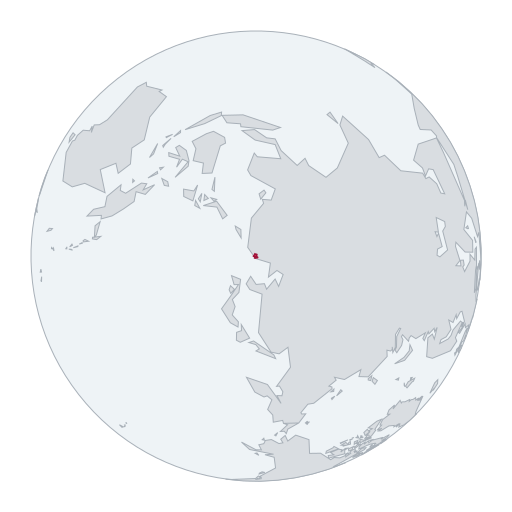 globe centered on Shanghai, rotated 142°
{"feature_id": "CHN-1819", "entity_name": "Shanghai", "entity_type": "Municipality", "adm_level": 1, "iso_a3": "CHN", "parent_name": "China", "parent_adm1": "", "projection": "orthographic", "projection_center": [121.333, 31.266], "detail": "fine", "context": "on_globe", "style": "filled", "palette": "rose", "viewbox_px": 512, "rotation_deg": 142, "n_neighbors": 0, "source": "natural_earth", "source_scale": "10m", "svg_char_len": 12347}
<svg xmlns="http://www.w3.org/2000/svg" viewBox="0 0 512 512"><g transform="rotate(142 256 256)"><circle cx="256" cy="256" r="225" fill="#eef3f6" stroke="#a8b0b8"/><path d="M440.9,367.7L440.7,368.9L440.4,369.1L440.9,367.7ZM417.4,98.9L412.6,94.8L393.2,80.8L393.7,80.0L389.0,77.3L388.1,78.4L388.6,80.0L371.1,76.9L365.6,86.2L371.3,93.9L364.2,89.0L380.2,107.5L382.0,118.3L375.3,103.3L371.1,99.9L370.0,105.5L365.4,103.3L362.2,104.9L356.9,101.9L353.4,94.1L349.8,92.2L349.3,96.4L343.5,96.6L344.9,90.6L335.0,90.4L327.3,78.7L335.3,67.5L326.5,60.8L322.6,49.5L318.4,49.0L314.2,45.3L307.8,43.6L308.9,42.5L302.8,42.2L303.0,43.5L300.4,43.9L296.7,43.2L297.4,41.5L299.4,41.7L297.7,40.9L299.7,40.4L296.5,40.3L297.9,38.7L291.0,39.3L287.4,37.3L289.8,36.7L296.8,37.9L319.7,41.5L324.3,42.3L323.8,41.4L312.6,37.9L329.4,43.0L345.7,49.4L361.5,57.0L376.7,65.8L391.1,75.7L404.7,86.8L417.4,98.9ZM294.7,34.1L295.6,34.3L292.2,33.9L290.8,34.3L283.3,33.1L276.7,31.9L277.4,31.8L275.2,31.5L294.7,34.1ZM273.8,31.4L267.5,31.1L265.5,30.9L273.8,31.4ZM467.5,207.1L465.7,203.0L467.1,203.5L467.5,207.1ZM464.3,202.0L465.0,203.1L464.4,202.5L464.3,202.0ZM463.7,202.6L464.1,202.2L463.8,203.1L463.7,202.6ZM463.0,203.9L463.3,203.0L463.3,203.3L463.0,203.9ZM461.3,204.6L460.9,204.6L460.9,203.3L461.3,204.6ZM389.6,81.2L388.6,78.8L391.1,78.8L392.5,81.0L389.6,81.2ZM384.1,82.2L382.3,80.0L387.8,82.3L387.1,82.8L384.1,82.2ZM376.5,100.2L376.5,97.2L378.1,101.0L376.5,100.2ZM362.8,105.7L364.2,107.4L362.0,107.6L362.8,105.7ZM295.1,35.0L293.0,34.6L294.3,34.7L295.1,35.0ZM296.4,35.6L299.5,36.0L300.6,36.4L298.7,36.1L296.4,35.6ZM351.6,103.4L347.6,103.5L351.1,102.0L351.6,103.4ZM292.4,35.2L302.1,37.1L304.0,37.8L298.3,37.7L292.4,35.2ZM344.8,102.7L335.0,103.6L337.4,107.2L325.1,98.1L337.5,100.0L341.5,97.4L341.6,100.5L344.8,102.7ZM304.7,44.3L304.3,42.8L308.1,44.8L304.7,44.3ZM307.8,45.5L323.2,52.0L321.9,54.3L317.0,51.4L318.2,55.2L310.0,53.0L307.5,50.4L309.9,49.3L304.9,49.4L307.8,45.5ZM319.8,93.2L317.0,92.5L319.3,91.8L319.8,93.2ZM299.7,44.2L302.9,45.2L302.0,47.1L295.4,45.6L297.8,45.4L299.7,44.2ZM322.5,57.5L320.7,58.9L313.5,57.5L311.8,57.9L309.6,53.2L322.5,57.5ZM296.1,44.6L292.1,44.9L289.0,43.4L296.5,43.5L296.1,44.6ZM304.6,48.3L303.9,49.3L302.1,48.2L304.6,48.3ZM276.1,39.1L280.0,39.8L279.9,40.8L276.1,39.1ZM290.7,45.1L291.8,45.6L292.2,46.2L289.0,46.1L290.7,45.1ZM304.8,52.7L302.1,51.9L305.3,54.5L300.0,53.8L299.5,50.9L297.6,51.9L295.9,51.7L297.3,49.6L304.8,52.7ZM286.9,47.8L284.4,44.4L277.2,42.7L277.2,41.7L288.7,44.7L286.9,47.8ZM292.9,49.0L289.1,48.0L290.9,47.0L294.6,47.1L292.9,49.0ZM296.7,54.5L304.8,56.2L304.7,56.8L296.7,54.5ZM284.4,47.4L285.1,48.3L283.7,47.4L284.4,47.4ZM292.5,52.4L295.4,52.9L295.1,53.5L292.5,52.4ZM283.9,49.8L283.2,48.6L285.6,48.5L283.9,49.8ZM287.6,51.1L286.5,51.9L287.0,49.2L288.9,51.2L287.6,51.1ZM291.8,53.0L292.6,53.5L290.6,52.7L291.8,53.0ZM275.0,50.9L275.0,47.5L280.5,47.3L279.7,50.5L275.0,50.9ZM94.5,98.9L89.7,104.6L87.0,108.0L81.2,114.1L65.9,137.5L69.5,134.9L62.8,153.0L63.0,161.2L75.9,148.9L75.7,135.0L82.8,125.5L88.8,130.4L90.0,143.8L92.9,140.7L98.1,126.9L104.5,125.3L100.6,122.0L97.6,126.8L95.1,125.1L97.6,120.7L99.8,120.1L101.2,115.3L90.5,120.2L86.3,125.6L86.1,118.1L79.1,126.6L76.9,127.2L87.8,113.1L91.4,110.0L106.6,92.6L102.8,95.0L88.2,111.9L90.0,108.9L84.7,113.3L90.2,107.6L107.1,89.4L111.0,84.1L108.0,86.1L123.5,73.8L119.7,76.7L124.1,73.8L135.6,66.1L131.1,69.4L134.4,67.6L130.9,70.7L135.1,70.6L132.9,73.8L143.2,69.7L143.5,71.1L137.3,72.9L131.9,76.3L127.7,85.6L129.4,86.2L136.4,83.1L134.4,86.5L141.7,82.3L143.5,86.9L147.5,78.1L155.9,75.2L161.7,76.2L165.2,73.9L155.7,72.3L151.3,73.3L146.3,76.4L134.9,78.8L134.5,76.6L149.1,68.9L150.2,65.3L161.1,61.6L180.0,66.8L183.5,71.6L170.9,85.7L165.1,85.9L166.7,80.7L157.2,88.2L161.8,86.3L160.1,89.4L167.7,88.2L166.8,90.4L175.5,85.7L175.3,88.3L169.8,91.2L180.9,92.5L182.8,97.8L185.7,97.1L188.3,94.9L189.0,103.7L191.1,102.9L191.7,99.6L196.3,95.9L204.6,93.1L204.4,96.3L201.4,97.7L194.7,105.9L186.6,109.8L187.4,110.9L194.4,108.3L202.5,98.2L207.6,95.7L204.6,100.5L206.1,98.5L208.5,98.3L210.8,101.2L214.5,96.1L242.0,91.7L249.1,97.6L243.3,101.9L262.3,104.2L268.8,112.1L269.3,108.8L278.7,108.6L276.8,106.1L277.8,104.6L301.1,104.4L306.4,107.3L317.1,104.9L317.3,103.4L314.0,101.0L325.1,98.1L337.4,107.2L336.2,110.0L344.7,114.4L340.7,120.4L341.3,127.9L332.0,132.9L333.3,138.9L336.5,140.0L340.7,149.5L338.2,166.3L326.1,147.7L327.0,124.4L325.4,133.1L321.6,129.9L318.4,132.5L317.6,139.1L320.1,140.6L297.3,147.1L287.0,164.4L298.0,164.7L303.3,171.0L301.2,194.1L274.7,222.2L281.5,233.4L280.9,240.1L272.7,243.3L273.4,233.5L266.4,229.0L268.1,223.3L255.1,226.1L256.9,218.1L246.0,224.7L248.4,231.7L259.2,231.7L249.0,241.6L257.9,254.3L257.2,267.9L236.3,288.7L217.6,292.8L216.1,296.7L209.6,290.7L199.5,297.0L210.5,322.5L209.6,329.0L194.0,338.2L193.9,333.4L176.6,317.4L172.3,332.0L185.3,347.9L189.8,363.4L179.3,356.5L174.9,342.6L168.8,336.5L171.3,323.6L167.8,302.0L157.2,302.8L158.8,294.8L152.4,274.9L137.7,275.3L113.8,288.1L109.2,307.6L101.6,312.9L95.6,278.5L98.4,257.7L92.7,256.3L89.4,234.0L73.7,218.7L74.5,212.4L70.9,211.7L69.1,201.7L71.6,191.8L69.0,188.8L63.2,215.0L66.3,218.4L73.2,214.7L70.6,222.9L72.8,234.5L59.3,244.3L41.1,237.9L44.5,222.4L57.5,171.4L60.0,168.0L60.3,167.5L60.8,166.6L56.6,171.3L60.6,162.1L48.1,194.3L43.7,206.4L40.8,238.4L39.8,239.4L40.4,247.5L48.7,254.6L47.6,259.2L40.5,274.8L33.6,287.7L37.5,310.2L40.3,321.0L36.2,305.6L33.3,289.9L31.4,274.0L30.7,258.0L31.2,242.0L32.7,226.1L35.4,210.4L39.2,194.9L44.1,179.7L50.0,164.8L57.0,150.4L65.0,136.6L73.9,123.4L83.8,110.8L94.5,98.9ZM86.1,167.0L90.3,175.4L97.6,162.5L99.9,164.9L101.5,159.9L98.1,161.6L103.5,148.8L108.7,149.7L112.9,145.1L111.6,142.1L101.3,142.8L93.5,160.7L88.6,162.7L86.1,167.0ZM155.8,56.0L151.7,58.3L148.6,59.4L151.4,56.9L155.8,55.2L155.8,56.0ZM146.5,61.5L160.3,55.4L159.2,57.3L157.5,57.2L155.3,59.0L152.0,59.4L137.5,67.7L133.8,69.3L140.9,63.0L140.6,63.9L144.6,61.3L146.5,61.5ZM197.6,41.9L203.5,40.8L193.3,46.0L188.9,46.6L191.4,43.7L198.0,41.4L197.6,41.9ZM280.6,35.2L283.6,35.4L283.4,35.7L280.7,35.8L280.6,35.2ZM277.9,39.3L267.6,34.9L270.4,34.8L260.9,33.1L264.7,32.3L270.7,33.3L266.5,31.8L273.5,32.4L269.8,31.5L282.8,33.9L288.9,34.9L280.7,34.0L277.0,34.6L277.3,35.1L282.5,37.7L293.8,40.6L292.0,42.2L287.7,42.6L284.7,42.1L286.8,41.1L281.3,41.2L282.1,39.4L277.9,39.3ZM238.5,53.3L242.2,51.1L231.3,53.5L232.0,50.7L230.7,51.1L228.4,49.4L223.3,48.3L224.7,47.1L222.1,47.2L220.5,46.3L217.4,46.1L218.8,44.1L215.1,43.9L217.9,43.1L211.2,43.3L216.8,42.3L215.3,41.4L210.6,42.9L225.8,34.9L227.8,33.3L226.4,32.8L236.2,31.8L243.7,31.9L248.8,33.3L245.5,35.4L250.5,34.9L250.4,35.8L246.5,35.8L252.5,36.5L251.4,37.4L255.9,40.3L265.3,41.4L267.2,42.7L262.9,42.8L267.8,44.2L261.1,45.4L262.3,46.5L256.9,49.1L248.0,49.0L250.0,50.4L246.0,52.8L238.5,53.3ZM273.3,51.5L262.5,51.4L257.6,50.1L269.1,46.2L268.9,45.0L276.1,43.1L283.0,45.3L280.3,45.6L279.3,46.4L277.5,45.4L278.2,46.8L274.5,47.4L274.1,48.8L270.7,48.3L273.3,51.5ZM88.2,107.5L86.9,109.5L85.7,111.8L82.4,114.9L88.2,107.5ZM99.6,95.0L99.0,96.0L93.7,100.9L95.1,99.1L99.6,95.0ZM103.2,92.7L99.4,95.7L102.3,93.0L103.2,92.7ZM137.3,73.8L137.2,75.0L135.4,76.0L133.4,76.4L137.3,73.8ZM206.2,62.0L209.1,60.4L210.2,60.7L218.2,59.1L218.3,61.3L213.5,63.2L206.2,62.0ZM73.3,149.1L70.6,149.5L71.7,146.8L72.4,147.2L73.3,149.1ZM74.7,131.0L72.2,136.9L73.8,131.8L74.7,131.0ZM207.6,64.1L210.9,63.1L208.9,64.9L207.6,64.1ZM218.8,63.0L217.2,64.9L219.2,61.4L218.8,63.0ZM48.7,344.2L45.3,335.2L46.8,336.4L46.3,331.2L50.6,343.6L58.7,364.8L48.7,344.2ZM246.8,403.2L253.8,404.5L253.6,405.3L246.8,403.2ZM239.5,399.7L247.4,400.6L238.2,401.3L239.5,399.7ZM250.5,401.0L258.6,400.0L262.1,398.8L261.5,400.5L250.5,401.0ZM234.1,399.2L205.6,394.9L194.5,390.6L196.9,388.0L214.9,391.9L234.1,399.2ZM196.1,387.7L179.3,375.2L157.6,342.2L165.3,344.9L188.3,367.2L186.8,369.7L196.9,378.9L196.1,387.7ZM237.3,377.5L235.7,385.6L219.8,382.9L212.7,380.4L207.7,368.8L210.5,363.7L216.3,364.8L239.6,348.5L247.6,354.2L240.2,361.6L246.8,369.8L237.3,377.5ZM109.8,309.8L113.0,323.7L109.1,323.8L109.8,309.8ZM249.7,335.6L239.8,343.4L249.0,332.6L249.7,335.6ZM255.4,325.0L255.7,329.6L252.1,324.8L255.4,325.0ZM215.3,303.1L209.1,303.0L209.3,299.7L217.3,297.9L215.3,303.1ZM256.6,279.4L255.4,289.2L253.9,292.4L251.6,286.2L256.6,279.4ZM213.1,85.7L201.8,85.0L193.7,86.9L189.3,91.3L190.7,85.3L203.1,82.3L213.1,85.7ZM238.4,90.4L242.3,87.2L243.9,89.2L243.2,90.2L238.4,90.4ZM238.4,88.0L237.0,83.1L241.3,81.7L241.6,85.8L238.4,88.0ZM221.8,72.5L218.5,72.0L220.2,70.5L221.8,72.5ZM387.8,438.1L390.0,436.9L383.6,441.6L374.8,447.4L366.9,451.9L387.8,438.1ZM324.3,465.7L323.9,462.9L333.2,460.8L329.5,464.1L324.3,465.7ZM393.9,433.4L399.6,428.3L401.7,424.7L401.2,427.2L405.8,423.9L391.9,435.5L393.9,433.4ZM289.3,454.8L245.4,462.2L235.5,460.4L237.6,457.1L227.9,444.7L231.0,445.3L228.5,436.7L254.2,430.9L272.6,416.3L287.4,417.5L298.3,405.8L313.7,406.0L309.3,415.3L325.5,420.0L336.0,398.8L346.2,418.7L358.2,423.6L362.0,434.0L341.8,454.5L329.9,459.6L327.5,458.8L322.5,461.0L314.7,461.5L310.0,457.1L305.1,459.2L309.7,454.7L302.8,458.9L298.5,455.8L289.3,454.8ZM399.5,402.9L401.8,402.5L405.5,404.1L401.8,405.1L399.5,402.9ZM434.9,375.4L436.0,376.1L433.6,378.1L434.9,375.4ZM440.4,369.1L437.6,371.7L440.9,367.7L440.4,369.1ZM411.6,387.0L412.7,387.7L411.8,388.6L411.6,387.0ZM410.6,387.0L412.0,384.4L411.8,386.5L410.6,387.0ZM399.3,379.6L400.7,378.1L401.4,378.8L399.3,379.6ZM264.2,405.2L273.9,399.5L279.3,399.2L264.2,405.2ZM397.2,377.9L393.7,378.7L394.0,377.4L397.2,377.9ZM397.4,375.0L397.0,373.5L399.3,376.7L397.4,375.0ZM390.6,373.1L394.9,375.0L390.1,373.6L390.6,373.1ZM388.0,374.2L384.8,373.6L385.0,373.0L388.0,374.2ZM352.8,383.2L364.6,391.5L355.2,392.8L344.7,387.9L336.7,394.7L318.5,395.2L322.6,391.2L320.1,385.7L301.4,384.0L297.6,380.2L304.2,377.6L292.0,374.6L305.3,372.7L310.9,380.5L318.5,374.0L331.7,374.7L344.7,376.2L355.3,380.6L352.8,383.2ZM305.5,390.0L307.9,389.9L305.8,392.3L305.5,390.0ZM378.8,370.7L383.4,373.4L382.8,374.5L380.6,374.4L378.8,370.7ZM357.7,379.0L369.0,370.8L371.7,370.4L364.2,378.9L357.7,379.0ZM366.2,367.0L371.5,367.0L374.4,370.2L373.3,371.4L366.2,367.0ZM278.2,382.7L277.7,384.9L274.3,383.0L278.2,382.7ZM282.7,381.5L293.1,384.0L281.7,383.4L282.7,381.5ZM251.5,372.1L254.4,377.6L263.9,374.9L256.7,379.3L263.2,388.2L261.1,391.2L254.6,381.6L252.5,390.9L248.3,390.4L245.9,382.1L250.1,372.4L254.2,368.5L271.3,367.8L251.5,372.1ZM282.5,375.1L279.8,368.9L281.9,364.8L284.8,368.1L282.5,375.1ZM271.9,353.3L264.9,345.5L258.3,347.9L271.8,338.3L276.3,347.4L271.9,353.3ZM266.2,336.6L260.1,338.7L266.6,333.0L266.2,336.6ZM258.6,336.1L258.1,330.7L262.9,331.8L258.6,336.1ZM269.4,337.0L270.9,328.1L273.2,333.5L269.4,337.0ZM256.7,318.6L266.5,328.2L253.3,323.4L253.7,305.8L259.4,305.8L256.7,318.6ZM294.4,248.3L293.5,243.0L298.9,242.1L298.0,245.9L294.4,248.3ZM315.7,235.6L300.1,240.2L287.4,244.3L290.9,246.9L287.4,255.6L282.5,247.1L291.9,237.8L301.4,236.3L303.6,229.0L311.0,224.2L310.4,215.0L313.9,211.1L317.3,219.2L315.7,235.6ZM309.8,211.1L311.6,195.2L321.5,197.7L323.3,201.7L318.3,207.8L313.4,206.1L309.8,211.1ZM314.9,192.2L310.2,190.5L302.8,167.1L303.7,163.0L314.5,181.2L310.6,180.8L310.7,186.3L314.9,192.2ZM317.5,94.2L317.0,92.6L319.2,94.1L317.5,94.2ZM276.5,103.2L278.2,101.4L280.7,102.9L276.5,103.2ZM284.2,97.5L280.2,97.0L284.5,96.1L284.2,97.5ZM271.2,96.5L278.6,96.2L271.5,98.4L271.2,96.5Z" fill="#d9dde1" stroke="#a8b0b8" stroke-width="1"/><path d="M256.0,255.1L256.3,255.3L256.7,255.6L257.0,255.7L257.1,255.8L257.3,255.9L257.5,256.2L257.8,256.7L258.1,257.1L258.2,257.4L258.1,257.5L257.9,257.6L257.6,257.6L257.4,257.6L257.0,257.7L256.7,257.8L256.4,257.9L256.3,258.0L256.1,258.2L255.8,258.3L255.8,258.1L255.7,258.1L255.6,257.9L255.4,257.9L255.2,257.7L255.1,257.8L254.9,257.7L254.8,257.4L254.8,257.2L254.7,257.0L254.5,256.8L254.5,256.7L254.4,256.6L254.5,256.5L255.0,256.5L255.1,256.4L255.1,256.1L255.2,255.9L255.3,256.0L255.3,255.9L255.4,255.7L255.5,255.3L255.5,255.2L255.8,255.1L256.0,255.1L256.0,255.1ZM257.7,254.7L258.0,254.8L258.2,255.1L257.9,255.2L257.7,255.3L257.5,255.2L257.3,255.1L257.2,255.1L256.9,255.0L256.7,254.9L256.2,254.6L255.9,254.5L255.9,254.4L255.6,254.1L255.5,253.9L255.8,253.7L256.0,253.8L256.3,253.9L256.5,254.0L256.8,254.2L256.9,254.3L257.0,254.4L257.1,254.5L257.3,254.6L257.7,254.7ZM257.4,255.6L257.5,255.6L257.5,255.8L257.4,255.7L256.9,255.4L257.0,255.3L257.3,255.5L257.4,255.6ZM257.7,255.6L257.8,255.6L257.8,255.8L257.7,255.9L257.5,255.6L257.7,255.6Z" fill="#f43f5e" stroke="#9f1239" stroke-width="1.5"/></g></svg>